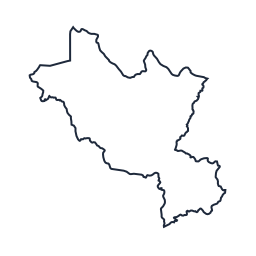 outline of Song Hinh, Phú Yên, Vietnam, rotated 6°
{"feature_id": "81297802B28811761284346", "entity_name": "Song Hinh", "entity_type": "district", "adm_level": 2, "iso_a3": "VNM", "parent_name": "Vietnam", "parent_adm1": "Phú Yên", "projection": "albers", "projection_center": [108.948, 12.905], "detail": "fine", "context": "isolated", "style": "outline", "palette": "slate", "viewbox_px": 256, "rotation_deg": 6, "n_neighbors": 0, "source": "geoboundaries", "source_scale": "gbopen_adm2", "svg_char_len": 5852}
<svg xmlns="http://www.w3.org/2000/svg" viewBox="0 0 256 256"><g transform="rotate(6 128 128)"><path d="M42.0,109.9L42.3,108.3L42.6,108.1L43.5,108.9L45.5,107.2L46.1,105.4L46.2,104.7L46.5,104.4L47.1,105.0L48.3,105.6L50.0,105.3L50.9,105.6L52.3,105.3L52.8,105.4L53.8,107.3L54.5,107.6L56.5,107.2L57.2,107.7L57.8,107.3L59.4,108.5L60.9,108.7L61.4,109.1L61.9,110.4L62.2,112.0L63.3,113.7L65.0,115.5L65.5,117.5L66.2,119.2L67.9,121.0L70.0,122.5L70.2,124.4L71.0,127.3L71.5,130.6L73.9,131.3L75.8,133.6L76.1,136.7L77.6,141.3L79.4,144.3L80.5,145.4L81.3,145.8L81.7,145.6L82.1,145.1L82.4,144.1L82.8,144.0L84.4,143.9L85.5,142.8L86.0,142.7L86.6,142.9L88.6,142.3L90.4,142.2L91.0,142.5L91.5,144.5L93.0,145.9L93.9,146.3L95.3,145.7L96.7,145.8L98.2,147.4L99.1,148.6L100.6,149.0L102.4,150.6L103.0,150.8L104.5,150.9L106.2,151.8L107.1,152.5L107.2,153.0L105.9,155.2L105.9,156.8L106.5,159.6L107.8,162.9L108.6,164.1L109.4,164.9L111.1,165.4L112.2,165.4L112.6,165.7L113.2,166.4L114.6,169.6L115.7,170.4L128.2,170.9L131.2,171.6L134.4,173.5L135.6,173.6L138.6,172.9L146.4,173.0L147.8,173.6L148.6,175.0L149.2,174.9L150.6,175.5L151.0,175.4L151.2,175.0L151.8,173.4L152.2,172.9L154.2,173.1L155.5,172.9L156.3,172.6L157.5,171.7L158.9,170.3L159.9,169.7L161.1,169.6L162.0,169.8L163.0,170.4L163.5,173.7L164.2,174.5L164.4,175.1L164.0,176.3L163.9,177.1L165.1,177.6L165.8,178.6L165.6,179.3L164.1,181.5L163.6,182.6L163.9,183.6L165.0,184.9L165.7,185.3L166.0,185.3L167.2,184.3L167.7,184.4L167.6,185.7L167.7,185.9L170.1,186.1L170.7,186.9L170.9,188.1L170.8,189.6L170.4,190.4L170.0,191.8L170.3,192.8L172.1,195.7L172.5,197.8L172.4,199.2L171.1,202.2L169.3,204.5L169.2,205.2L170.5,210.7L170.7,212.7L171.1,213.5L173.3,215.1L173.6,215.6L173.6,217.2L174.3,218.9L173.8,221.4L174.1,222.5L179.0,219.4L179.5,219.0L180.1,218.0L181.1,217.1L182.5,216.8L183.7,217.0L184.1,215.6L186.1,215.3L186.4,214.6L183.4,212.9L183.1,212.4L183.4,212.0L185.8,211.4L187.4,210.2L188.5,209.1L189.1,208.7L189.8,208.8L190.6,209.3L191.9,209.4L192.4,209.2L193.3,208.6L194.2,208.6L195.1,208.4L195.5,208.1L195.6,207.6L195.5,206.8L195.0,205.0L195.1,204.7L195.8,204.1L196.3,204.2L197.1,204.7L197.7,204.6L198.9,203.6L200.3,203.4L202.6,204.0L203.8,203.7L204.6,204.4L205.3,204.5L206.0,203.9L206.5,202.5L207.3,201.8L208.0,200.8L208.8,200.5L209.4,200.8L211.1,202.3L212.1,203.7L214.5,205.1L215.1,205.3L216.2,205.4L217.5,204.9L218.9,203.6L219.3,202.2L220.2,201.4L220.2,200.9L219.3,198.3L219.3,197.4L219.5,196.8L220.3,196.1L221.4,195.3L224.3,194.0L224.8,193.5L225.5,191.9L227.1,191.1L227.5,190.5L227.6,189.9L227.8,187.6L228.7,186.2L229.1,184.8L230.1,183.3L231.3,182.3L231.3,179.5L230.2,179.6L229.6,180.0L228.8,179.8L227.9,179.0L226.3,176.5L224.3,176.2L223.9,175.7L223.1,173.5L223.1,172.0L222.4,169.9L221.3,168.8L220.3,167.6L220.2,163.6L220.6,161.3L223.0,157.6L223.3,157.1L223.3,156.7L223.2,156.4L222.9,156.1L221.4,155.9L221.2,155.5L220.0,152.0L218.4,152.0L217.9,152.4L216.5,154.0L216.0,154.2L215.5,154.4L214.0,154.2L211.9,153.4L211.2,152.8L210.8,152.3L210.6,151.5L210.6,150.0L210.2,149.7L209.2,149.7L206.7,150.2L204.3,151.3L203.4,151.9L201.9,153.6L201.4,153.9L199.2,154.0L198.8,153.8L198.1,152.1L196.7,150.5L196.0,150.0L195.2,150.0L193.5,150.7L193.2,150.6L193.1,149.1L192.7,148.7L191.4,147.9L189.2,147.1L188.3,147.3L187.1,146.4L183.8,144.9L182.9,144.9L180.4,145.6L179.6,145.6L178.8,145.0L177.2,144.9L177.0,144.7L177.5,143.2L178.1,139.9L178.1,138.6L177.8,137.7L177.8,136.2L178.3,135.9L178.4,135.2L179.6,134.7L181.1,133.4L181.2,132.7L180.9,132.0L180.9,131.6L181.9,130.6L182.4,129.8L183.8,130.0L184.8,129.6L185.2,128.3L186.0,126.5L187.1,125.7L187.3,125.1L188.0,124.6L187.7,122.0L187.2,121.0L186.4,120.3L186.8,119.3L186.1,118.5L186.7,117.7L187.2,116.6L187.5,115.3L187.8,114.8L188.0,113.4L189.1,111.3L189.1,110.8L188.9,110.1L189.0,109.7L189.8,109.3L190.1,108.7L190.2,107.8L190.9,107.4L191.5,106.7L191.5,104.4L191.0,103.9L190.8,103.2L190.4,103.0L190.1,102.5L190.1,101.4L189.7,99.1L189.8,97.4L190.3,96.6L191.0,96.0L191.2,95.1L191.5,94.6L193.3,93.7L194.6,92.0L195.0,90.3L194.4,89.9L194.1,89.6L194.9,89.4L195.2,89.1L195.2,88.8L194.6,87.0L194.6,85.9L196.1,84.6L196.1,83.4L198.0,83.1L198.1,82.8L197.8,81.6L197.8,80.8L198.7,80.0L198.8,79.7L198.8,78.9L198.5,77.9L197.4,77.1L197.3,76.6L198.1,75.7L198.3,74.8L198.6,74.4L199.4,73.8L199.9,73.1L200.8,72.3L201.1,71.5L201.8,70.6L199.8,70.3L198.1,69.5L190.4,68.9L188.8,68.5L186.4,67.5L184.7,66.4L184.3,65.8L184.3,64.8L181.4,61.8L180.4,61.7L179.1,61.8L176.9,63.1L174.6,66.2L173.9,67.5L173.1,70.0L172.7,70.6L171.8,71.0L170.6,71.0L169.1,70.9L166.9,70.4L165.7,69.6L161.9,65.0L159.9,63.5L156.7,62.6L153.6,61.1L151.8,59.2L149.6,56.1L146.3,53.2L145.5,52.1L144.6,49.7L144.0,49.2L143.1,48.8L141.9,48.7L140.9,49.3L139.9,51.0L139.7,51.6L139.7,53.4L138.7,54.7L138.1,56.6L137.1,58.4L136.7,59.5L136.9,60.1L138.4,63.1L138.9,65.8L140.0,68.1L140.0,69.0L139.6,69.6L139.1,69.9L136.8,69.9L136.0,70.2L135.5,70.6L134.8,72.1L134.2,73.1L133.7,73.2L132.0,73.3L130.5,73.9L129.8,74.4L129.2,75.2L128.5,76.6L127.1,76.8L124.9,77.9L122.6,77.7L120.0,76.6L119.1,76.7L118.4,76.4L117.7,76.0L115.1,72.6L112.8,70.5L109.7,67.2L108.0,66.0L105.9,65.4L103.8,64.5L102.7,63.7L102.1,63.1L101.9,62.4L97.9,59.1L96.2,56.8L93.8,55.1L92.2,53.7L91.1,51.3L89.7,47.1L89.3,46.6L87.9,46.3L87.4,45.4L87.3,43.5L88.6,40.3L88.5,39.2L88.3,38.7L88.0,38.5L84.7,37.9L81.6,38.2L79.9,37.9L78.6,37.4L76.6,35.8L75.3,35.5L72.6,34.4L71.8,34.4L71.3,34.7L70.7,36.5L70.1,37.2L69.1,37.5L68.1,37.4L67.2,37.0L66.1,36.3L63.6,34.3L62.9,33.5L60.6,37.8L60.6,40.7L63.4,67.0L60.8,67.8L44.0,74.3L34.1,74.7L33.8,75.0L33.3,76.4L31.6,79.5L30.6,80.9L29.1,82.1L29.0,82.6L29.1,83.0L28.5,84.0L27.7,84.5L25.5,85.2L24.7,85.9L25.1,87.6L25.4,88.3L26.7,89.5L27.3,91.1L27.8,91.4L28.9,91.7L32.2,91.9L32.9,92.2L33.6,92.9L33.7,95.7L34.0,96.3L37.8,98.2L39.8,99.6L39.9,101.4L39.5,103.1L39.4,104.9L39.1,105.7L37.6,107.3L38.8,109.7L39.4,110.2L40.5,110.3L42.0,109.9Z" fill="none" stroke="#1e293b" stroke-width="2"/></g></svg>